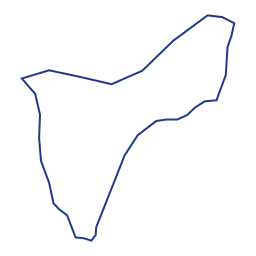 outline of Butaleja
{"feature_id": "UGA-3119", "entity_name": "Butaleja", "entity_type": "County", "adm_level": 1, "iso_a3": "UGA", "parent_name": "Uganda", "parent_adm1": "", "projection": "robinson", "projection_center": [33.927, 0.859], "detail": "fine", "context": "isolated", "style": "outline", "palette": "blue", "viewbox_px": 256, "rotation_deg": 0, "n_neighbors": 0, "source": "natural_earth", "source_scale": "10m", "svg_char_len": 517}
<svg xmlns="http://www.w3.org/2000/svg" viewBox="0 0 256 256"><path d="M111.6,84.2L142.3,70.7L173.4,40.6L207.5,15.4L222.2,17.1L234.2,23.2L231.6,35.4L227.5,47.3L225.8,75.0L216.5,100.3L204.9,101.3L195.4,107.2L187.2,115.0L177.3,119.5L166.6,119.5L156.2,121.0L137.8,135.1L124.6,155.4L96.2,227.3L95.7,235.0L91.4,240.6L83.5,238.2L75.6,237.4L67.1,215.3L59.0,209.2L53.5,203.3L49.1,182.8L41.0,160.9L39.1,138.3L40.0,114.7L35.2,93.9L21.8,78.5L49.0,70.3L79.1,76.7L111.6,84.2Z" fill="none" stroke="#1e3a8a" stroke-width="2"/></svg>